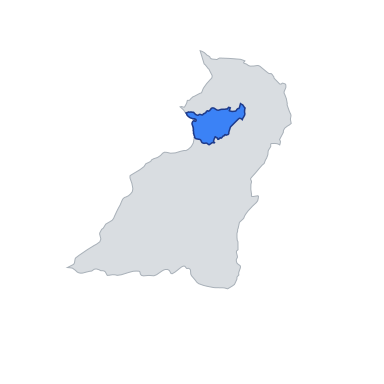 Ombella-M'Poko on a map of Central African Republic (Albers equal-area conic projection), rotated 136°
{"feature_id": "CAF-4856", "entity_name": "Ombella-M'Poko", "entity_type": "Prefecture", "adm_level": 1, "iso_a3": "CAF", "parent_name": "Central African Republic", "parent_adm1": "", "projection": "albers", "projection_center": [18.055, 4.882], "detail": "fine", "context": "in_parent", "style": "filled", "palette": "blue", "viewbox_px": 384, "rotation_deg": 136, "n_neighbors": 0, "source": "natural_earth", "source_scale": "10m", "svg_char_len": 7245}
<svg xmlns="http://www.w3.org/2000/svg" viewBox="0 0 384 384"><g transform="rotate(136 192 192)"><path d="M259.9,146.2L263.1,147.0L263.7,148.0L262.8,151.3L263.4,153.3L265.3,155.0L267.1,155.7L268.9,156.1L275.0,157.1L277.6,158.2L281.0,162.0L285.2,165.4L286.3,167.2L286.1,168.9L284.9,170.9L285.1,171.8L287.0,173.8L289.3,175.8L293.4,178.1L300.4,181.6L303.7,184.0L304.8,185.8L306.6,187.7L309.2,189.5L310.9,190.9L309.8,194.9L310.1,196.2L310.8,197.3L312.3,198.8L312.9,200.8L314.4,203.3L316.1,204.4L319.0,204.8L320.6,206.0L323.8,207.9L326.9,209.6L328.3,210.8L329.1,211.8L329.8,213.0L330.2,214.3L330.3,216.9L330.9,220.3L332.6,222.5L334.1,224.2L327.8,222.3L326.8,222.3L325.7,222.7L322.5,225.1L321.4,225.4L317.2,224.9L307.2,223.2L299.4,221.5L297.1,220.8L292.9,220.2L290.2,221.5L287.7,225.8L286.9,226.6L282.9,227.9L281.0,227.6L276.4,228.8L269.1,227.1L266.6,227.5L264.6,228.4L259.4,230.4L256.3,231.5L252.6,232.6L249.2,234.1L246.8,235.0L244.5,235.0L242.5,234.1L240.2,233.4L237.5,233.3L234.7,233.7L232.3,235.4L231.4,236.7L229.3,239.9L226.9,245.1L225.9,246.2L225.1,246.8L213.8,244.2L208.9,243.6L205.6,244.4L201.5,243.0L199.7,242.8L198.9,243.2L196.6,242.6L192.9,240.8L189.3,240.1L186.1,240.3L184.1,239.7L182.6,238.0L180.5,234.8L176.8,231.7L171.9,229.2L168.8,227.3L167.6,226.0L165.0,225.3L160.9,225.2L157.0,226.4L151.4,230.4L146.2,238.5L143.4,241.6L141.0,242.4L140.4,244.4L141.6,247.5L141.9,251.0L141.1,257.1L141.4,261.5L140.2,260.8L139.0,258.7L138.4,258.3L135.0,259.3L133.2,260.1L132.3,260.9L131.5,261.0L130.4,259.9L129.6,259.7L128.2,259.9L126.8,259.9L125.9,259.8L125.4,259.9L123.7,259.2L117.8,257.5L116.8,256.9L115.6,257.0L112.6,258.4L111.0,258.9L106.1,259.8L100.8,260.2L98.8,260.2L97.5,260.9L96.6,261.8L94.9,267.4L94.5,268.4L94.6,269.8L94.1,274.3L94.3,275.7L88.0,288.0L87.0,286.0L86.3,283.6L86.1,280.8L86.2,280.1L85.8,279.2L85.3,277.0L85.8,275.5L85.4,274.0L84.2,272.5L83.1,271.3L82.4,270.3L81.9,269.9L80.7,269.7L79.1,269.2L72.1,261.9L64.9,253.7L63.5,251.0L62.9,249.5L64.6,249.4L65.1,249.1L65.1,248.4L64.0,246.3L63.5,243.6L62.6,242.0L59.8,239.5L57.1,237.6L56.3,236.6L55.8,235.2L54.8,226.4L54.4,223.9L53.5,222.8L52.9,222.3L52.7,221.7L52.8,220.1L53.1,218.7L53.1,218.1L53.9,216.9L53.9,208.8L53.0,207.7L51.4,207.6L50.6,206.4L49.9,204.9L50.1,203.9L51.6,202.2L52.7,201.6L55.8,200.3L56.6,199.7L57.2,198.9L57.5,197.8L59.3,193.6L62.0,189.5L63.1,188.6L65.9,182.5L66.5,180.9L67.0,179.3L67.8,178.1L70.7,176.0L73.0,172.4L75.3,172.6L77.8,173.2L80.9,173.5L83.4,172.8L85.0,171.4L92.6,168.9L93.2,167.0L94.4,166.0L95.8,165.1L96.2,164.9L96.3,165.6L97.2,167.6L98.9,169.6L101.5,171.9L102.2,171.7L103.8,170.0L107.7,169.0L108.7,168.6L111.6,166.1L114.9,164.5L116.9,164.0L120.3,162.4L122.8,162.6L126.7,162.3L133.2,161.6L137.9,161.3L140.3,161.0L140.9,160.7L141.8,158.3L142.5,157.7L144.3,156.6L147.8,153.1L150.0,150.1L150.7,149.0L151.2,148.8L152.2,147.6L151.2,146.3L147.3,143.6L147.4,143.3L147.1,142.8L147.4,142.5L148.8,141.4L150.8,140.1L153.0,139.7L158.5,139.8L163.3,139.5L164.4,139.5L168.1,138.9L170.6,138.3L173.2,137.1L179.0,137.2L183.9,133.9L185.3,133.3L185.9,132.8L186.1,132.3L188.4,131.0L191.0,128.3L193.0,125.9L193.5,124.3L199.0,118.5L201.0,118.6L201.9,117.9L204.1,114.1L204.8,113.4L207.0,112.7L208.1,111.5L209.0,109.9L209.0,107.8L208.6,106.1L208.6,105.3L209.1,104.5L210.0,103.8L214.2,101.7L215.3,100.7L215.9,99.8L217.1,99.7L218.3,99.7L219.2,99.2L220.1,98.2L223.0,97.0L225.7,96.0L228.5,96.4L233.6,97.6L235.2,100.3L235.9,101.2L242.3,107.6L243.5,109.2L246.7,113.8L248.7,117.0L250.9,121.5L251.2,123.9L250.9,126.1L250.5,132.1L249.9,133.8L247.2,137.1L247.1,138.5L247.6,139.7L248.5,140.2L249.0,140.8L248.7,143.6L249.7,144.7L251.8,145.4L257.1,145.9L259.9,146.2Z" fill="#d9dde1" stroke="#a8b0b8" stroke-width="1"/><path d="M152.3,229.5L151.7,230.0L151.4,230.4L151.2,230.9L151.0,231.6L150.9,231.8L150.7,232.0L150.4,232.3L150.2,233.2L149.9,233.5L149.5,233.7L149.1,234.1L148.4,235.4L147.8,235.6L147.7,235.7L147.4,236.3L146.7,236.9L146.2,237.7L145.0,240.5L144.5,241.2L143.8,241.7L142.8,242.1L142.3,242.2L141.9,242.2L141.5,242.1L141.1,241.9L140.9,241.4L140.8,240.9L140.6,240.6L140.3,240.4L139.8,240.4L139.4,240.5L139.1,240.9L138.9,241.2L138.8,241.5L139.0,241.8L139.4,242.2L139.1,242.6L139.2,242.9L139.8,243.3L140.0,243.7L140.6,244.2L140.7,244.4L140.8,244.8L141.6,246.3L141.9,247.2L142.2,249.0L142.2,250.4L142.1,250.9L141.9,251.4L141.5,252.2L141.4,252.7L141.4,253.0L139.7,252.2L139.2,252.1L138.9,252.0L138.8,251.8L138.4,251.3L138.3,251.1L138.1,250.9L137.9,250.7L137.6,250.6L137.2,250.4L137.0,250.2L136.9,250.0L136.9,249.9L136.7,249.5L135.7,248.5L135.5,248.1L135.4,247.8L135.6,247.3L135.6,247.0L135.6,246.7L135.5,246.0L135.5,245.7L135.5,245.3L135.5,245.1L134.7,243.4L134.5,243.1L134.2,243.0L133.7,242.8L133.0,242.8L132.8,242.7L132.5,242.5L132.2,242.1L131.5,240.8L131.2,240.4L130.9,240.2L130.4,240.1L130.1,240.1L129.7,240.3L129.4,240.3L129.1,240.2L128.9,240.0L128.6,239.9L128.4,239.8L128.1,239.8L127.9,239.8L127.4,239.6L126.9,239.5L126.6,239.5L126.4,239.6L126.2,239.7L126.1,239.8L125.8,240.0L125.6,240.0L125.1,239.8L124.9,239.8L124.6,239.8L124.5,239.7L124.3,239.5L124.2,239.3L124.1,239.0L124.1,238.8L123.9,238.7L122.8,238.3L122.6,238.3L122.4,238.3L122.2,238.4L121.9,238.5L120.9,238.5L120.7,238.5L120.4,238.8L120.2,238.8L119.9,238.7L119.2,238.5L118.9,238.3L118.3,237.6L118.1,237.4L117.9,237.0L117.2,234.0L117.0,233.5L116.3,232.5L116.0,232.4L115.7,232.2L114.0,231.4L113.1,230.8L112.2,229.9L111.6,229.4L111.1,228.9L110.9,228.7L109.9,228.1L109.6,227.9L109.3,227.6L109.2,227.4L108.9,227.3L108.7,227.2L106.9,227.5L106.0,226.2L106.0,225.9L106.5,225.8L106.7,225.7L107.1,225.4L107.3,225.3L107.6,225.1L108.4,224.9L108.6,224.8L108.7,224.6L108.7,224.4L107.3,222.2L106.8,221.7L104.6,220.0L104.3,219.9L103.9,219.9L103.4,219.9L102.5,220.2L101.7,220.2L101.1,220.1L100.7,219.9L100.2,219.5L99.7,219.6L98.9,220.0L95.7,221.9L95.4,220.5L95.1,219.8L95.0,219.4L95.1,218.9L95.5,216.6L95.5,215.5L96.2,215.2L97.3,214.3L98.6,213.1L98.9,212.7L99.3,212.0L99.7,211.5L100.6,210.8L103.3,209.9L104.5,209.7L104.9,209.5L105.1,209.3L105.6,209.1L105.6,210.2L105.7,210.5L106.1,211.2L106.5,212.0L107.1,212.2L108.3,212.3L118.9,212.1L119.7,211.8L123.9,209.5L124.1,209.3L124.3,209.2L124.5,208.9L124.7,208.7L125.1,208.4L125.7,208.3L126.1,208.3L126.4,208.4L126.8,208.7L128.0,209.2L128.1,209.4L128.2,209.6L128.1,210.0L128.3,210.3L128.6,210.4L128.8,210.4L129.1,210.4L129.5,210.2L129.8,210.1L130.1,210.2L130.3,210.3L130.6,210.6L130.8,210.6L131.0,210.6L132.9,210.4L133.3,210.4L133.6,210.5L133.8,210.7L133.8,210.9L133.8,211.1L133.8,211.3L134.0,211.5L134.4,211.4L134.7,211.4L135.4,211.4L135.9,211.4L136.3,211.5L136.5,211.7L136.7,211.8L136.8,211.9L136.8,212.0L136.7,212.3L136.6,212.5L136.4,212.6L136.2,212.7L136.2,212.9L136.2,213.1L136.3,213.4L136.6,213.9L136.7,214.1L136.7,214.4L136.7,215.2L136.8,215.4L136.9,215.6L137.0,215.6L137.3,215.6L138.0,215.2L139.1,214.8L140.9,213.8L141.2,213.7L141.3,213.4L141.4,213.2L141.5,212.9L141.5,212.6L141.5,212.1L141.5,211.9L141.9,211.9L143.0,213.3L143.8,213.6L144.2,213.6L146.7,214.0L146.9,214.2L147.1,214.6L147.4,216.7L147.7,217.2L148.0,217.5L148.8,218.1L149.2,218.4L149.5,218.6L149.7,218.9L150.2,219.8L150.4,220.3L150.4,220.7L150.4,221.2L149.8,222.8L149.7,223.4L149.7,223.9L149.9,224.4L151.9,227.2L152.3,228.0L152.2,228.8L152.3,229.5L152.3,229.5Z" fill="#3b82f6" stroke="#1e3a8a" stroke-width="1.5"/></g></svg>